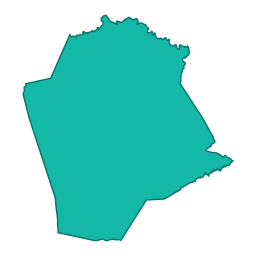 the district of La Labor, Ocotepeque, Honduras
{"feature_id": "27666195B71632496314223", "entity_name": "La Labor", "entity_type": "district", "adm_level": 2, "iso_a3": "HND", "parent_name": "Honduras", "parent_adm1": "Ocotepeque", "projection": "mercator", "projection_center": [-89.012, 14.495], "detail": "fine", "context": "isolated", "style": "filled", "palette": "teal", "viewbox_px": 256, "rotation_deg": 0, "n_neighbors": 0, "source": "geoboundaries", "source_scale": "gbopen_adm2", "svg_char_len": 5687}
<svg xmlns="http://www.w3.org/2000/svg" viewBox="0 0 256 256"><path d="M25.7,83.8L26.2,85.3L26.2,85.7L26.1,86.0L25.8,86.3L25.1,86.4L24.7,86.6L24.3,87.2L24.2,87.9L24.4,89.6L24.3,90.8L23.8,92.4L23.1,93.9L29.1,117.9L55.2,197.5L55.6,200.4L55.9,205.1L56.7,212.0L57.1,214.1L57.6,219.4L57.6,224.8L57.9,226.8L58.1,229.7L58.0,232.7L95.0,240.6L96.4,240.6L97.5,240.5L100.7,239.4L102.5,239.0L103.2,239.1L104.2,239.8L105.1,240.2L106.9,240.6L107.9,240.5L109.1,239.9L109.9,239.6L112.6,239.3L114.0,239.4L116.4,239.8L118.4,239.6L119.2,239.6L119.9,239.8L120.9,240.3L146.4,199.9L164.3,199.0L177.6,191.1L178.5,190.9L179.3,190.4L179.8,190.0L180.4,189.4L180.7,188.8L181.0,187.9L181.3,187.6L181.7,187.4L182.4,187.3L182.8,187.2L183.7,186.2L184.1,186.0L185.0,185.9L188.6,183.4L190.6,182.5L191.9,182.5L192.4,182.4L192.7,182.2L193.1,181.7L193.5,181.4L194.0,181.4L194.6,181.7L195.1,181.5L195.3,181.1L195.2,180.5L195.3,180.1L196.0,179.7L196.3,179.1L196.6,178.9L198.0,177.9L199.1,177.5L199.3,177.6L199.7,178.0L200.1,178.0L200.3,177.8L200.6,177.3L201.1,177.1L201.5,177.1L202.0,177.5L202.4,177.4L203.3,176.4L205.0,173.0L205.3,173.0L205.5,173.2L205.5,173.4L205.4,173.8L205.6,174.3L206.0,174.4L206.6,174.1L207.0,174.2L208.7,175.9L209.0,175.1L209.0,174.0L209.2,173.4L209.6,173.1L210.1,172.9L210.4,172.9L210.9,173.1L211.3,173.0L211.5,172.8L211.5,172.2L211.7,171.9L212.0,171.8L212.6,171.9L212.9,171.8L213.1,171.4L212.8,170.8L212.8,170.5L213.0,170.2L213.3,169.9L213.6,169.9L213.8,170.0L213.9,170.7L214.1,170.9L215.9,170.5L216.1,170.4L216.3,169.7L216.7,168.9L217.0,168.5L217.3,168.4L217.5,168.6L217.5,169.1L217.7,169.5L218.6,170.2L219.0,170.2L219.4,169.7L219.5,169.5L219.8,169.5L220.0,169.5L220.1,169.9L219.9,170.3L219.9,170.6L220.1,170.8L220.4,170.8L220.7,170.5L221.1,169.7L221.8,167.6L222.1,167.4L222.6,167.7L223.0,167.6L223.3,167.2L223.3,166.5L223.5,166.2L223.9,166.0L224.2,166.1L224.5,166.3L224.9,166.8L225.4,166.9L225.6,166.7L225.8,166.5L225.9,165.8L226.1,165.6L227.8,165.4L229.3,165.0L229.7,164.7L230.2,163.6L231.0,162.6L231.9,161.7L232.9,160.9L232.3,160.7L231.7,160.3L230.4,158.9L229.6,158.3L228.9,157.9L227.4,157.5L226.8,157.1L226.4,156.8L226.0,156.0L225.4,155.6L225.1,155.6L224.6,155.7L224.3,155.9L223.7,156.6L223.3,156.8L222.9,156.8L221.9,156.3L219.8,154.6L216.6,153.0L215.4,152.7L212.6,152.6L210.1,152.1L207.4,151.3L206.3,150.8L206.0,150.4L206.0,150.0L206.1,149.7L207.1,148.7L208.4,147.7L210.1,146.7L210.8,146.1L211.3,145.5L211.8,144.2L212.4,143.6L213.0,143.2L214.0,143.0L214.4,142.6L214.7,142.2L214.8,141.7L214.6,140.2L213.6,139.3L213.2,138.2L213.2,137.2L202.6,118.1L180.9,84.8L180.9,84.4L180.4,83.9L180.3,83.5L180.4,82.6L180.9,80.7L180.9,75.8L181.2,73.9L181.4,73.0L182.1,72.2L182.3,71.7L182.4,71.2L182.3,70.2L182.4,69.5L182.8,69.1L183.6,68.7L183.9,68.3L184.0,67.7L183.6,66.9L183.6,66.3L183.9,65.8L184.8,64.9L185.1,64.1L185.2,63.4L185.2,62.9L185.0,62.6L183.8,62.1L182.9,61.0L182.6,60.1L182.6,59.0L183.1,58.1L183.8,57.5L184.4,57.5L184.7,58.0L184.9,58.1L185.2,58.0L185.5,57.8L186.1,57.1L186.9,56.0L187.7,55.7L188.2,55.2L188.9,54.0L189.4,52.7L189.4,51.8L188.9,49.9L188.3,47.7L187.8,46.5L187.5,46.1L186.2,47.3L185.3,46.8L183.5,46.6L182.2,46.2L181.8,46.0L180.8,45.1L180.3,44.9L180.0,44.9L179.8,45.0L179.6,45.3L179.3,46.4L179.3,47.3L179.5,48.4L179.5,49.0L179.2,49.4L178.6,49.5L178.0,49.1L177.0,47.9L176.5,47.7L176.2,47.3L176.1,46.7L176.5,46.1L176.5,45.8L176.3,45.1L175.9,44.7L175.6,44.6L175.2,44.7L174.0,45.7L172.3,46.5L171.9,46.3L171.1,45.2L169.6,43.7L169.2,43.2L168.9,41.5L169.4,40.1L169.4,39.7L169.1,39.5L168.7,39.5L168.3,40.0L167.9,40.1L167.1,40.1L166.7,39.8L166.4,39.5L166.2,38.6L166.0,38.3L165.7,38.0L165.3,37.8L164.9,37.9L164.5,38.0L164.2,38.4L163.9,39.1L163.5,39.4L163.1,39.5L162.3,39.3L161.2,38.5L160.5,38.2L159.6,38.3L158.4,38.8L157.7,38.7L156.6,37.8L155.7,36.4L155.2,35.1L155.2,33.6L154.8,33.0L154.5,33.0L154.2,33.2L154.1,33.4L154.1,34.2L153.7,34.7L153.1,35.0L152.4,35.2L152.2,35.1L152.2,34.8L152.4,33.7L152.4,32.3L152.2,31.7L152.0,31.4L151.6,31.3L151.3,31.4L150.8,32.4L150.4,32.7L150.0,32.9L148.6,32.8L148.0,32.7L147.6,32.4L147.4,32.1L147.4,31.7L147.6,30.3L147.9,29.6L148.6,28.9L148.7,28.5L148.4,28.0L147.6,27.7L147.1,27.3L145.9,25.7L145.6,24.8L145.4,24.5L145.1,24.4L144.6,24.8L144.2,24.7L143.7,24.5L143.1,23.8L142.7,23.5L141.0,23.0L139.2,23.5L137.3,24.2L136.9,24.1L136.7,23.8L136.8,23.4L137.0,23.2L137.5,23.2L137.9,23.0L138.1,22.7L138.2,22.3L138.0,21.2L137.5,20.0L137.0,19.1L136.6,18.7L136.0,18.7L135.3,19.2L134.7,19.5L132.7,19.6L130.6,18.4L129.3,17.5L128.9,17.4L128.7,17.4L127.0,18.5L124.5,19.8L123.3,21.3L121.9,22.4L121.3,22.4L119.6,21.8L117.7,21.3L117.1,21.2L116.7,21.3L116.4,21.7L116.3,22.2L116.6,22.6L117.2,22.9L117.4,23.5L117.2,24.0L116.9,24.2L116.6,24.2L116.0,24.0L113.2,22.5L110.4,21.3L109.8,20.7L108.1,18.2L106.3,15.6L105.8,15.4L104.8,15.5L103.7,15.9L103.2,16.2L102.9,16.6L102.5,17.3L102.3,17.6L101.9,17.7L101.5,17.6L101.2,20.4L101.5,20.9L102.4,21.4L102.8,22.0L103.1,22.9L103.1,24.0L102.9,24.6L102.6,25.1L101.2,26.1L100.6,26.7L100.3,27.2L99.9,28.2L99.5,28.7L99.1,28.8L98.8,28.7L98.5,28.5L98.4,27.9L98.2,27.7L97.9,27.5L97.6,27.6L97.3,27.8L97.2,28.1L97.2,28.5L97.6,29.1L97.5,29.3L97.3,29.6L95.5,30.3L94.1,31.4L93.6,31.7L93.3,31.6L93.1,31.5L92.9,30.9L92.7,30.7L92.2,30.7L91.9,30.9L91.6,31.6L91.2,31.9L90.6,32.0L89.6,32.1L89.0,32.3L88.7,32.7L88.5,33.3L88.1,33.6L87.6,33.5L87.3,32.8L86.9,32.6L86.5,32.5L85.7,32.8L85.1,32.9L84.6,32.6L84.1,31.8L83.7,31.6L83.4,31.7L83.0,31.9L82.9,32.3L83.0,32.6L83.4,33.1L83.6,33.4L83.5,33.8L83.2,34.1L82.2,34.5L80.5,34.8L76.6,35.5L76.3,35.7L76.1,36.0L76.2,36.7L76.1,37.1L75.9,37.4L75.6,37.5L75.0,37.4L74.3,36.4L73.6,36.1L72.8,36.2L71.9,36.9L71.6,36.9L71.2,36.8L70.7,36.4L70.3,35.4L69.8,34.8L50.7,78.3L25.7,83.8Z" fill="#14b8a6" stroke="#0f766e" stroke-width="1.5"/></svg>